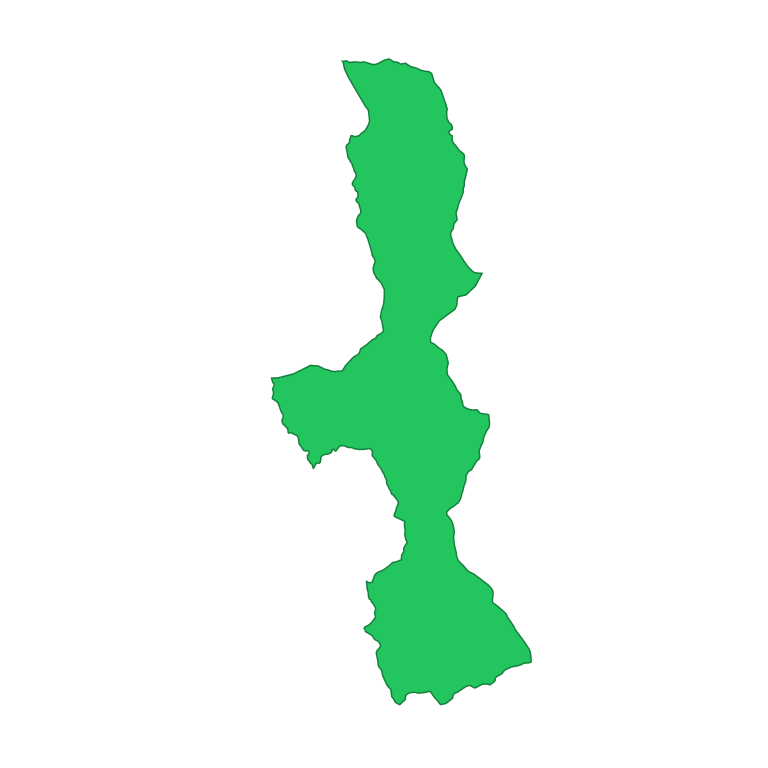 outline of Geling, Chhukha, Bhutan, rotated 352°
{"feature_id": "84629894B86670310826979", "entity_name": "Geling", "entity_type": "district", "adm_level": 2, "iso_a3": "BTN", "parent_name": "Bhutan", "parent_adm1": "Chhukha", "projection": "mercator", "projection_center": [89.474, 27.025], "detail": "fine", "context": "isolated", "style": "filled", "palette": "green", "viewbox_px": 768, "rotation_deg": 352, "n_neighbors": 0, "source": "geoboundaries", "source_scale": "gbopen_adm2", "svg_char_len": 6137}
<svg xmlns="http://www.w3.org/2000/svg" viewBox="0 0 768 768"><g transform="rotate(352 384 384)"><path d="M489.1,205.3L489.5,202.3L489.9,201.0L491.2,198.7L491.7,194.9L496.4,183.1L496.1,182.0L494.9,179.2L494.2,176.7L494.2,174.6L494.4,173.1L495.0,171.9L495.3,168.2L493.8,165.9L491.0,163.3L488.2,157.7L486.2,155.2L485.5,152.2L486.0,147.7L483.8,145.7L483.1,143.8L484.2,142.5L487.1,141.2L487.4,138.2L486.4,135.8L484.5,133.8L483.3,129.6L483.9,123.2L484.8,121.0L484.4,116.9L481.3,101.2L479.8,98.3L478.4,96.7L475.8,92.3L474.4,83.0L471.9,81.0L466.7,79.5L463.6,78.1L460.2,75.8L454.9,73.5L451.4,70.8L450.2,69.4L445.2,69.5L444.3,69.2L442.5,67.5L441.4,66.9L438.7,66.5L434.4,62.9L429.7,63.3L422.4,65.9L420.4,66.3L418.8,66.3L416.9,65.9L409.0,62.2L405.6,62.3L399.3,60.9L394.4,60.8L392.0,58.8L391.1,58.7L388.6,58.9L387.8,58.6L388.5,60.9L388.5,63.3L389.0,67.5L391.4,75.2L404.4,106.8L406.6,110.5L406.6,115.3L406.3,121.7L405.0,124.6L401.9,128.9L399.9,130.9L396.3,132.7L394.0,134.6L390.0,135.1L386.7,133.6L385.9,133.6L384.0,137.3L383.5,139.6L383.0,140.6L380.7,142.0L379.9,142.8L379.5,144.2L380.0,155.2L380.8,156.5L382.0,159.7L383.0,161.3L383.1,163.5L383.9,165.8L384.4,169.7L385.3,171.1L385.5,173.5L384.8,175.3L384.1,176.4L380.9,180.1L380.6,180.9L380.5,182.1L381.0,183.2L382.0,184.2L382.5,185.3L382.5,187.8L382.8,188.4L383.5,189.3L384.2,189.7L384.7,190.2L384.6,194.4L382.0,197.4L381.9,198.3L382.3,199.6L383.8,201.2L384.1,202.3L385.2,209.2L384.7,211.5L381.7,214.1L379.5,218.4L379.4,222.7L379.8,224.9L383.2,228.0L386.8,232.4L388.4,239.4L390.1,251.0L390.3,255.1L391.5,257.6L392.5,260.9L389.7,266.8L389.2,269.4L389.5,272.7L391.6,278.5L394.1,281.6L395.4,284.0L397.5,290.4L396.3,298.5L394.5,305.6L392.2,310.0L389.7,317.3L390.7,322.1L390.9,330.7L390.8,331.4L388.9,333.2L384.0,335.0L382.0,337.6L378.9,338.5L374.8,340.9L372.5,342.6L365.7,346.0L364.6,348.6L363.1,350.6L361.6,351.5L358.0,352.9L355.5,354.7L348.4,360.5L346.1,363.4L344.2,365.4L340.7,364.8L336.7,364.8L333.5,363.9L330.5,362.2L327.9,361.4L321.3,357.0L313.5,355.3L310.8,356.4L295.8,361.4L279.9,363.2L273.5,362.5L273.6,364.4L274.2,367.2L275.1,368.5L275.0,370.2L273.2,373.0L273.3,378.3L271.6,381.8L271.5,383.1L275.0,386.1L276.6,388.4L277.9,395.2L278.6,397.7L279.7,400.3L279.8,401.3L279.5,402.9L277.9,405.7L277.9,408.1L278.4,409.6L280.6,412.3L282.4,415.0L282.4,418.6L282.7,419.3L285.8,419.4L287.0,420.7L289.9,422.3L291.1,423.7L291.7,425.6L291.6,431.5L293.3,434.6L294.9,438.2L296.8,439.4L299.5,439.7L300.2,440.2L300.2,442.2L299.5,443.1L298.1,444.2L298.0,447.1L298.1,448.0L300.2,452.3L301.7,453.6L301.8,455.7L302.3,457.6L303.6,456.4L304.3,454.9L305.9,453.2L307.0,453.0L309.0,453.4L310.0,452.5L310.8,450.2L311.0,448.6L311.7,447.2L312.9,446.3L314.6,445.6L317.6,445.6L320.7,445.2L322.2,444.4L323.0,443.4L323.6,441.8L325.2,441.4L326.0,443.2L327.0,443.7L331.5,439.2L335.8,439.5L339.0,441.5L341.3,442.3L343.3,442.4L344.9,443.6L347.7,444.7L349.9,445.3L355.7,446.0L360.0,445.8L360.9,446.1L361.9,446.8L363.0,448.4L363.2,449.9L362.5,451.8L362.5,453.5L365.6,458.7L366.8,463.1L369.2,467.2L370.8,472.1L371.6,473.6L371.9,476.1L373.0,478.6L372.9,483.3L374.8,488.9L375.5,490.2L376.4,494.3L377.6,495.0L381.3,501.2L381.5,502.5L381.5,504.4L379.3,508.1L377.7,511.8L376.3,514.0L375.8,515.5L375.8,516.4L377.2,517.6L385.4,522.9L384.8,525.4L384.4,529.1L384.9,531.6L384.2,533.3L384.0,535.0L383.6,536.4L383.9,540.7L384.8,543.4L384.8,544.1L380.8,549.1L380.3,552.5L377.8,555.8L377.5,556.8L377.0,558.5L377.0,560.4L370.4,562.0L367.8,561.9L366.1,563.2L365.4,563.4L363.7,565.0L361.8,565.6L359.4,567.2L355.8,568.6L353.2,569.2L350.6,570.1L348.4,571.7L344.7,578.6L343.2,578.9L341.7,578.7L339.2,577.1L339.1,577.8L339.2,579.7L339.0,582.6L338.7,584.0L339.3,587.8L339.1,592.4L339.5,594.8L341.0,596.1L341.2,597.8L342.5,599.6L344.4,604.2L344.4,605.9L342.8,609.2L343.3,613.5L341.7,615.4L338.3,618.6L335.4,620.6L331.2,622.0L330.3,623.3L331.1,624.4L331.3,625.9L331.1,626.5L336.4,630.7L338.2,632.9L338.3,634.1L339.8,636.2L341.7,637.4L343.5,639.5L344.2,642.4L343.3,644.2L339.8,647.4L338.9,649.0L339.3,656.2L339.3,662.9L341.3,666.4L341.9,668.6L342.0,672.2L345.0,682.6L346.9,685.6L348.2,687.1L348.2,694.7L349.9,697.6L350.6,700.0L351.2,701.0L354.4,703.5L355.2,703.5L355.8,703.2L358.9,700.9L360.3,700.2L361.0,699.5L361.7,697.6L362.0,695.9L363.6,694.4L366.8,693.3L371.8,693.6L375.1,695.0L383.2,695.1L385.3,694.6L387.3,695.3L390.8,702.3L391.8,703.3L392.7,704.7L394.6,708.3L395.7,709.4L401.1,708.9L408.1,704.7L409.4,701.5L410.0,700.6L412.9,699.5L414.2,699.5L415.4,698.6L423.5,694.8L427.2,694.4L431.1,697.4L432.2,697.6L439.6,695.0L443.2,695.2L447.2,696.6L451.1,694.5L452.7,693.2L453.4,690.5L455.2,689.3L460.1,687.5L463.7,684.1L470.6,681.9L476.6,681.7L480.8,681.0L483.8,679.9L488.3,680.3L490.9,679.8L491.4,676.9L491.6,670.5L491.0,667.3L487.3,659.3L479.3,644.5L479.1,642.7L474.1,632.4L472.8,628.3L466.1,620.5L461.1,615.5L461.3,613.0L462.8,607.0L462.8,603.4L461.0,600.0L459.3,597.6L446.8,585.0L442.9,582.3L440.8,580.5L437.0,574.5L433.8,570.4L432.9,568.8L432.0,565.6L432.0,560.2L431.3,553.8L431.3,550.3L431.6,545.3L433.0,540.3L433.0,535.7L432.6,532.1L431.9,529.1L429.4,524.3L428.1,522.5L428.1,520.4L428.5,519.3L432.0,516.6L435.9,514.8L441.0,511.9L443.9,508.2L445.3,504.6L447.0,501.2L449.1,495.9L451.3,491.9L452.1,488.7L452.3,486.6L455.1,482.7L458.8,480.9L465.2,473.0L467.7,471.6L468.7,469.9L468.9,463.4L471.2,459.2L473.8,455.3L475.2,451.0L476.6,448.5L479.3,444.4L481.9,441.7L483.0,438.3L483.3,433.2L483.3,428.9L474.9,426.3L472.6,422.5L470.8,422.3L469.0,422.4L464.4,420.8L461.3,418.9L459.3,416.8L459.0,412.0L458.4,409.5L458.5,405.0L455.1,399.3L454.4,396.3L452.2,391.3L448.1,383.8L448.3,378.0L450.6,371.9L449.7,363.5L446.7,358.9L443.3,356.0L439.1,351.3L435.9,349.1L436.3,345.1L438.7,340.0L440.6,336.8L447.7,329.0L464.6,319.9L467.1,315.9L468.2,311.1L469.2,308.1L472.3,307.6L477.6,307.2L488.2,299.6L496.5,288.1L493.3,287.5L489.4,286.4L487.4,284.9L483.7,279.9L480.1,273.1L477.9,268.0L474.0,260.8L472.0,254.9L470.8,246.6L471.0,243.8L472.0,242.1L473.8,240.3L474.5,238.9L475.4,235.4L476.9,233.7L479.0,231.9L479.3,230.5L479.1,225.7L479.4,223.6L481.2,220.7L481.6,219.7L481.7,219.0L483.7,214.6L485.5,211.8L489.1,205.3Z" fill="#22c55e" stroke="#15803d" stroke-width="1.5"/></g></svg>